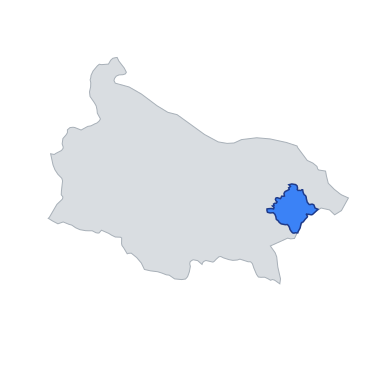 Varna on a map of Bulgaria (Equal Earth projection), rotated 25°
{"feature_id": "BGR-2260", "entity_name": "Varna", "entity_type": "Province", "adm_level": 1, "iso_a3": "BGR", "parent_name": "Bulgaria", "parent_adm1": "", "projection": "equal_earth", "projection_center": [27.58, 43.197], "detail": "fine", "context": "in_parent", "style": "filled", "palette": "blue", "viewbox_px": 384, "rotation_deg": 25, "n_neighbors": 0, "source": "natural_earth", "source_scale": "10m", "svg_char_len": 3594}
<svg xmlns="http://www.w3.org/2000/svg" viewBox="0 0 384 384"><g transform="rotate(25 192 192)"><path d="M310.4,238.1L304.1,237.0L301.9,237.3L300.5,238.8L297.6,238.5L294.0,238.5L290.2,240.3L288.1,241.0L285.3,239.4L280.1,234.7L277.0,231.4L274.6,230.5L272.3,231.5L263.8,232.6L261.8,234.5L257.9,236.7L254.0,237.7L248.4,238.4L245.4,238.3L243.8,239.3L242.4,242.5L241.4,245.5L240.6,246.7L233.5,248.2L232.0,250.0L231.5,251.7L231.7,253.4L226.1,251.8L221.7,252.9L220.7,254.2L219.8,256.0L220.3,258.1L221.9,260.0L223.3,265.3L223.8,270.6L222.9,273.6L219.7,275.7L213.0,278.1L206.5,277.0L203.7,277.9L198.9,278.2L194.5,278.8L187.7,281.0L181.6,282.3L176.1,277.8L169.6,274.8L162.8,273.1L160.4,274.4L159.4,275.4L153.7,271.5L151.2,270.1L150.0,268.6L147.7,263.4L146.3,263.2L141.5,265.2L137.0,265.1L134.2,264.7L126.1,264.9L125.0,268.5L124.0,269.0L122.2,269.5L117.9,269.3L112.3,271.9L106.4,273.5L101.7,273.6L97.0,272.8L94.1,273.3L87.9,273.6L83.9,277.5L77.9,277.2L72.8,276.6L73.4,275.4L74.8,260.2L77.5,253.4L77.4,252.0L76.9,250.9L74.7,249.8L73.2,246.2L70.0,236.6L68.2,234.6L62.9,232.6L58.4,229.8L54.6,226.2L47.7,217.1L51.3,216.2L52.4,214.4L56.2,209.5L56.7,207.0L56.3,205.7L54.0,203.3L52.4,198.1L53.8,193.2L54.0,190.8L52.8,188.3L54.2,185.2L56.8,183.6L58.5,183.1L65.3,182.7L69.8,176.6L72.5,174.7L75.2,171.2L76.5,169.9L77.8,167.2L78.2,164.5L72.9,160.6L71.2,157.7L68.8,154.5L65.7,152.3L59.2,148.5L56.8,144.6L55.7,139.6L54.1,135.8L52.3,133.4L52.0,131.4L51.2,128.9L51.2,124.1L52.9,117.7L54.0,115.4L56.2,114.8L62.2,111.4L62.6,107.0L63.7,104.3L65.6,102.8L67.3,101.7L70.5,104.3L78.2,108.3L81.9,111.2L81.7,113.1L79.8,114.9L76.4,116.7L74.4,119.0L73.8,121.9L74.2,124.0L76.5,125.8L90.6,123.4L104.8,124.6L123.8,128.6L136.4,130.0L145.8,128.2L163.1,131.5L179.1,134.6L194.6,135.5L203.3,133.1L209.4,129.8L214.7,123.6L227.7,115.5L240.3,110.9L256.7,107.2L267.7,105.9L269.2,107.2L283.1,114.7L289.3,114.7L294.4,116.0L296.2,118.0L297.5,118.5L304.2,116.6L307.1,120.7L311.8,126.5L319.7,129.4L326.7,131.1L328.9,131.4L336.3,131.3L335.3,145.7L330.9,152.4L324.2,150.1L315.7,152.0L311.2,159.6L308.6,161.9L306.3,164.6L304.8,174.5L304.5,190.8L301.2,192.8L298.2,193.4L285.8,207.8L293.0,211.9L296.2,215.0L301.4,223.6L308.9,233.3L310.4,238.1Z" fill="#d9dde1" stroke="#a8b0b8" stroke-width="1"/><path d="M313.5,154.4L311.0,160.8L310.4,161.8L309.6,162.3L306.4,163.1L305.9,163.5L305.6,163.6L305.1,163.6L305.1,164.0L306.7,165.1L307.1,165.6L307.0,166.3L306.1,168.9L305.5,171.8L305.2,172.4L304.8,172.8L304.4,173.2L304.2,173.9L304.3,175.2L305.0,178.0L305.2,179.2L304.9,183.3L305.2,184.2L304.2,184.9L303.9,184.9L302.8,185.3L301.8,186.2L300.5,186.5L299.1,186.0L297.8,185.3L296.6,184.5L295.6,183.3L294.5,182.3L293.3,181.6L292.1,181.2L290.4,182.2L286.3,183.2L284.0,182.7L281.9,181.5L280.8,181.4L279.9,181.1L278.4,178.9L276.6,177.2L274.4,176.4L271.6,178.0L269.0,178.5L267.8,177.2L267.1,175.7L268.2,174.9L270.9,173.4L273.1,172.9L272.9,171.4L270.8,170.7L272.1,169.7L271.0,168.5L271.8,167.2L273.2,166.4L273.3,165.0L271.8,164.5L270.6,163.3L270.7,161.8L271.8,161.1L273.4,160.9L275.0,160.6L275.1,159.4L275.0,157.9L276.3,157.4L277.5,156.6L276.8,155.6L276.0,154.5L276.0,153.0L276.4,151.9L277.3,150.9L279.0,148.6L278.4,147.8L277.8,147.3L278.4,146.6L278.9,145.3L276.7,144.5L279.1,142.5L282.8,141.5L284.6,142.0L286.0,143.8L286.3,145.3L287.5,145.8L287.9,145.5L288.3,145.2L289.2,145.0L290.1,144.6L290.6,143.5L291.3,143.2L292.9,145.4L294.7,147.0L296.4,147.3L297.6,148.3L298.5,149.8L300.7,152.5L303.4,153.8L304.4,153.5L305.1,152.7L306.5,152.1L307.9,152.2L309.2,153.4L310.2,154.5L311.8,154.5L313.4,154.4L313.5,154.4Z" fill="#3b82f6" stroke="#1e3a8a" stroke-width="1.5"/></g></svg>